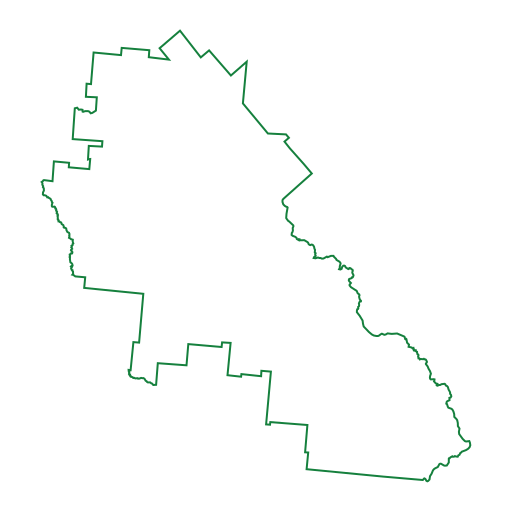 Croydon, Queensland, Australia
{"feature_id": "25037944B33150906552836", "entity_name": "Croydon", "entity_type": "district", "adm_level": 2, "iso_a3": "AUS", "parent_name": "Australia", "parent_adm1": "Queensland", "projection": "orthographic", "projection_center": [142.176, -18.514], "detail": "fine", "context": "isolated", "style": "outline", "palette": "green", "viewbox_px": 512, "rotation_deg": 0, "n_neighbors": 0, "source": "geoboundaries", "source_scale": "gbopen_adm2", "svg_char_len": 5963}
<svg xmlns="http://www.w3.org/2000/svg" viewBox="0 0 512 512"><path d="M266.1,424.4L270.0,424.7L270.3,422.1L307.4,425.0L305.1,452.3L308.2,452.5L306.6,469.2L383.2,476.6L422.8,480.0L424.1,478.5L424.5,478.4L425.4,479.0L426.4,480.8L427.3,481.3L428.2,480.9L429.5,479.5L430.0,476.2L431.6,473.7L432.9,470.5L433.8,469.3L435.0,468.4L437.8,467.0L439.4,464.1L440.2,463.7L441.1,463.8L444.0,465.5L445.0,465.7L446.8,465.5L448.8,462.5L448.8,458.6L449.0,458.3L449.5,458.4L450.4,457.4L452.3,456.3L452.9,456.8L454.5,456.5L454.9,456.1L456.0,456.5L457.7,456.7L458.4,455.3L459.5,454.8L460.3,453.0L461.0,452.7L461.8,451.7L466.0,450.1L468.1,448.8L469.6,447.2L470.3,445.2L469.9,442.6L469.3,441.1L466.1,441.5L464.9,441.1L462.6,438.8L459.2,434.1L458.9,431.8L459.5,428.6L457.9,426.1L457.8,423.0L457.2,420.2L456.4,419.0L454.3,416.9L454.2,414.1L453.4,411.4L452.4,409.6L451.5,408.8L448.4,407.7L447.8,406.7L447.0,404.1L446.3,403.7L446.7,401.9L447.3,401.2L449.5,400.2L449.4,397.8L450.6,397.5L451.3,396.4L451.0,394.9L450.1,393.8L450.1,392.5L449.8,391.7L448.6,389.6L447.9,387.1L447.1,386.1L445.8,385.5L445.3,384.3L444.6,383.8L441.5,384.2L440.1,385.0L438.9,385.0L437.6,385.7L437.1,385.6L436.7,385.3L437.3,383.8L435.8,383.4L434.0,381.4L434.3,380.8L434.5,379.4L433.8,379.2L430.8,379.4L430.1,378.7L429.9,377.6L430.1,376.0L430.9,373.7L430.0,371.1L428.5,368.6L427.7,366.5L425.9,364.1L425.9,363.5L426.8,362.4L426.9,361.6L425.9,359.7L425.5,359.4L424.7,359.4L423.9,358.8L423.3,359.2L420.7,359.0L419.9,359.4L419.6,358.7L418.5,358.4L418.6,357.5L418.3,357.3L418.1,356.4L418.5,355.2L418.3,354.7L417.4,354.1L417.4,353.4L416.9,352.5L417.0,351.8L415.9,351.2L415.7,350.2L414.2,350.7L413.8,350.4L413.9,349.3L413.5,348.0L412.6,348.5L411.7,347.5L408.6,346.8L409.0,344.6L407.1,342.7L406.4,339.1L406.2,338.9L405.5,339.3L405.2,339.1L404.6,336.9L404.2,336.5L397.1,333.5L391.7,333.9L387.6,333.4L385.7,334.5L384.3,334.8L381.9,333.7L380.7,334.3L379.0,335.6L378.0,336.0L376.4,336.0L373.8,335.5L371.9,334.5L368.8,331.9L363.7,326.5L363.0,323.7L362.6,320.6L359.7,315.8L356.9,312.2L356.9,310.7L357.2,309.3L357.9,309.1L358.3,308.4L358.1,307.0L358.9,306.3L359.2,305.0L358.9,303.6L359.3,302.4L359.8,301.6L360.9,301.4L361.0,300.9L359.8,299.4L359.2,297.4L359.1,296.2L359.5,295.2L359.2,294.4L357.7,293.3L356.7,290.9L351.0,287.2L349.6,285.5L349.6,284.6L350.9,283.0L349.2,281.2L348.8,280.3L348.9,279.7L349.2,279.0L351.7,278.1L352.0,277.3L352.8,277.2L353.4,275.8L353.5,275.2L352.3,272.8L352.3,272.1L352.8,270.8L352.5,269.7L351.7,269.4L350.5,268.2L349.4,268.0L349.0,268.8L348.3,269.1L345.7,267.4L345.1,266.1L344.2,265.6L343.3,265.7L342.3,266.7L341.6,268.9L340.4,269.5L339.1,269.2L339.8,267.8L339.8,266.2L340.6,263.5L340.4,262.9L339.5,261.7L336.5,259.9L336.1,258.9L333.9,256.7L333.5,255.9L330.9,255.9L327.7,257.2L326.9,256.6L323.5,258.5L322.8,258.6L321.8,258.6L320.6,258.0L319.3,258.0L318.0,257.5L315.5,258.3L313.7,258.0L314.0,257.2L315.7,255.8L315.2,254.7L315.2,253.9L315.6,253.5L315.6,253.1L314.8,252.4L315.0,249.8L314.4,248.6L314.1,246.9L313.2,245.3L312.0,244.6L311.3,244.6L310.5,245.1L309.6,244.9L308.7,244.2L308.1,242.7L307.5,242.1L304.3,240.2L299.7,240.3L299.6,239.3L298.8,239.2L298.7,240.1L296.8,239.0L296.5,237.8L295.2,236.8L292.6,235.8L291.6,234.9L291.8,233.0L292.5,232.0L292.9,230.5L292.7,228.0L293.4,226.4L293.3,225.4L289.2,221.5L288.2,220.9L286.5,218.6L286.2,218.0L286.5,213.8L287.6,207.5L287.2,207.0L286.2,206.7L284.8,205.9L283.3,204.4L282.5,202.0L282.5,200.4L282.8,199.5L284.1,198.2L311.8,173.5L303.6,163.8L289.9,148.4L284.5,141.6L288.9,137.8L286.0,134.4L267.9,133.5L242.9,103.4L246.7,61.7L230.9,75.5L209.1,50.4L200.8,57.4L180.0,30.7L159.6,48.2L168.9,59.6L148.8,57.2L149.3,50.2L121.7,47.9L121.0,55.1L93.6,52.5L91.0,84.1L86.6,83.7L85.9,96.8L96.8,97.3L95.9,110.6L92.3,112.9L90.7,113.3L89.7,112.0L88.7,111.3L87.7,111.1L85.3,111.1L83.1,111.8L82.6,111.6L82.5,109.8L81.0,109.5L78.8,109.7L77.2,107.7L74.8,108.3L72.7,139.1L102.4,141.2L102.0,146.6L88.8,145.9L88.0,159.5L89.2,159.1L90.2,159.0L89.3,169.1L68.8,167.3L69.1,162.8L53.9,161.4L52.5,181.2L44.0,180.1L43.4,180.3L42.8,181.2L41.7,182.0L42.1,182.4L42.5,183.7L42.3,184.7L43.2,186.2L42.9,187.1L43.8,188.3L43.9,190.6L43.0,192.4L42.9,194.5L43.8,195.3L44.6,195.2L46.3,195.8L47.3,197.4L48.2,197.2L48.8,197.9L49.6,198.2L50.7,199.1L50.8,199.7L51.8,201.2L51.9,202.1L52.5,202.7L51.9,204.5L51.8,206.0L52.1,206.6L52.9,206.8L54.5,206.6L55.0,207.0L55.3,208.4L55.8,208.4L56.0,208.8L56.3,209.9L56.1,210.7L56.8,211.3L57.1,211.9L56.6,213.1L57.6,214.0L57.8,214.5L57.5,214.8L57.9,215.7L57.5,216.1L57.8,217.0L57.7,218.4L58.2,219.4L57.9,219.7L58.4,220.2L58.5,221.2L58.9,221.1L59.0,221.5L59.7,221.7L59.9,222.1L61.2,222.5L61.7,224.1L63.3,225.1L63.9,226.9L63.7,227.2L64.1,227.7L65.5,227.9L66.2,228.5L66.5,230.3L67.4,232.0L69.0,232.8L69.5,234.1L69.2,235.5L69.5,236.0L69.0,237.8L70.5,238.6L71.0,239.2L72.8,239.7L72.7,241.6L73.3,243.5L72.6,244.0L72.6,245.1L71.5,245.8L71.8,246.5L71.3,247.3L71.9,247.9L72.2,248.8L71.2,249.7L71.5,250.4L71.2,250.6L72.4,252.1L72.3,252.8L72.1,253.4L70.8,253.5L70.7,253.9L69.7,254.5L69.8,255.1L70.0,255.3L69.8,255.8L70.0,256.7L69.6,257.1L70.0,257.8L69.9,259.2L70.4,262.3L71.8,263.4L72.3,264.2L72.6,265.5L72.2,266.4L71.9,266.0L71.4,266.0L70.9,266.5L71.3,266.9L71.4,267.8L71.1,268.3L71.6,269.7L71.9,270.1L72.5,270.2L72.6,271.2L73.0,271.6L73.1,273.8L72.4,274.7L73.3,274.9L75.3,276.4L85.2,277.3L84.2,287.9L143.3,293.8L139.1,342.6L133.4,342.1L130.6,370.2L128.6,369.9L128.7,371.2L129.4,372.0L129.0,372.8L129.3,373.5L129.0,374.1L129.3,374.6L130.0,374.7L129.8,375.5L130.1,375.9L130.2,375.7L130.8,376.1L130.8,376.7L132.6,377.2L133.0,377.8L133.4,378.0L134.1,377.8L135.3,378.4L137.5,378.2L138.1,378.7L138.6,378.5L139.4,378.6L141.1,377.9L142.5,378.2L143.5,378.1L144.5,378.8L145.7,380.8L146.6,381.2L147.0,381.9L147.8,382.4L150.2,382.4L151.2,383.3L152.0,383.5L153.3,385.0L156.1,384.8L157.8,363.2L186.5,365.3L188.3,344.1L221.6,347.0L222.1,342.4L230.6,342.9L227.5,375.2L241.1,376.7L241.4,374.1L261.1,376.2L261.4,370.8L270.9,371.6L266.1,424.4Z" fill="none" stroke="#15803d" stroke-width="2"/></svg>